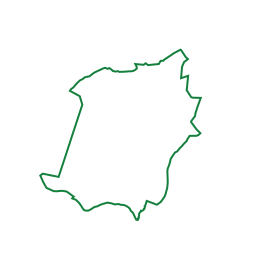 Jos East, Plateau, Nigeria (Robinson projection), rotated 204°
{"feature_id": "59680162B89640587380951", "entity_name": "Jos East", "entity_type": "district", "adm_level": 2, "iso_a3": "NGA", "parent_name": "Nigeria", "parent_adm1": "Plateau", "projection": "robinson", "projection_center": [9.087, 9.867], "detail": "fine", "context": "isolated", "style": "outline", "palette": "green", "viewbox_px": 256, "rotation_deg": 204, "n_neighbors": 0, "source": "geoboundaries", "source_scale": "gbopen_adm2", "svg_char_len": 2305}
<svg xmlns="http://www.w3.org/2000/svg" viewBox="0 0 256 256"><g transform="rotate(204 128 128)"><path d="M196.2,138.3L185.0,137.4L179.2,130.7L178.5,123.7L175.9,97.9L173.8,77.9L171.5,55.1L187.3,51.6L188.8,48.9L184.4,45.0L184.2,44.7L178.1,40.1L170.0,40.1L166.8,41.5L165.0,42.6L162.2,44.0L158.2,45.0L149.6,43.2L150.3,41.0L148.2,41.1L146.4,41.2L145.5,40.9L143.6,40.2L141.8,39.5L140.7,38.7L139.2,37.9L138.0,37.0L137.9,36.9L136.7,36.2L134.7,35.1L133.0,35.4L130.7,36.3L128.9,38.5L128.1,39.7L127.4,40.9L126.5,42.2L124.5,43.7L124.1,44.1L123.2,45.1L122.8,45.7L122.1,46.5L121.3,47.3L119.4,49.0L117.9,50.2L116.6,51.4L113.0,52.3L112.6,52.4L111.7,52.6L109.4,52.7L109.2,52.7L107.6,53.7L106.8,54.1L105.2,54.8L103.5,54.9L100.3,56.0L97.9,56.1L95.3,55.7L93.2,54.8L91.7,53.4L89.8,52.9L88.6,52.2L87.4,51.2L85.0,49.0L83.1,47.6L82.7,48.1L82.4,48.2L82.0,48.3L81.7,48.1L81.5,48.5L81.7,49.1L82.1,49.4L81.9,50.0L81.6,50.4L81.7,50.9L82.2,51.4L82.2,52.3L82.4,53.0L82.7,53.4L83.0,54.1L82.8,56.0L82.3,56.7L82.4,57.2L82.5,57.7L82.2,57.8L81.7,57.9L81.3,58.4L80.9,58.9L80.6,59.2L80.6,60.0L80.4,60.1L80.2,60.7L80.4,60.9L80.2,61.2L80.3,62.1L80.6,62.7L80.9,63.2L80.6,63.4L81.2,69.0L80.0,69.1L70.4,69.7L68.1,73.5L67.4,76.4L66.7,80.2L66.8,83.0L67.9,89.5L68.8,92.2L69.0,92.8L69.8,95.0L72.5,100.5L74.3,104.2L75.2,106.9L75.4,111.6L76.4,117.2L75.8,121.0L75.1,124.7L73.5,126.7L72.8,129.5L72.3,131.2L71.5,133.0L70.6,136.2L69.1,140.0L69.2,141.9L68.5,145.9L62.1,148.8L60.5,150.8L59.8,152.7L64.8,154.6L72.8,159.1L73.0,160.1L71.6,166.2L72.4,169.1L73.1,175.5L73.2,177.0L73.8,185.1L81.5,181.9L83.0,182.0L89.0,185.9L89.6,186.1L94.3,200.1L99.8,195.1L103.3,205.3L103.5,205.6L103.6,210.9L101.3,215.3L104.1,216.3L111.5,220.9L111.9,220.9L116.9,214.5L116.9,214.3L122.7,205.1L123.0,203.9L125.5,202.6L125.9,199.0L135.3,193.6L138.2,194.3L139.4,192.1L147.3,189.4L145.0,187.5L144.2,185.9L145.0,184.0L145.6,183.3L146.6,182.1L148.2,181.1L148.8,180.8L150.6,180.0L152.2,179.0L154.5,177.8L158.7,175.8L160.3,175.8L162.3,174.5L164.7,174.0L164.9,173.9L166.5,174.5L169.4,175.2L170.6,173.8L173.4,173.7L175.4,171.8L177.1,169.7L178.5,168.2L180.1,166.3L180.7,165.7L181.5,164.6L182.5,162.8L184.3,159.5L185.9,158.4L188.3,156.5L188.6,155.7L189.1,154.6L191.4,151.7L192.4,149.2L193.6,145.9L194.3,143.1L195.9,140.2L196.2,138.3Z" fill="none" stroke="#15803d" stroke-width="2"/></g></svg>